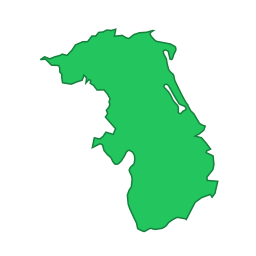 the district of Pap, Namangan, Uzbekistan, rotated 188°
{"feature_id": "79887680B13435458352129", "entity_name": "Pap", "entity_type": "district", "adm_level": 2, "iso_a3": "UZB", "parent_name": "Uzbekistan", "parent_adm1": "Namangan", "projection": "albers", "projection_center": [70.772, 41.09], "detail": "fine", "context": "isolated", "style": "filled", "palette": "green", "viewbox_px": 256, "rotation_deg": 188, "n_neighbors": 0, "source": "geoboundaries", "source_scale": "gbopen_adm2", "svg_char_len": 2463}
<svg xmlns="http://www.w3.org/2000/svg" viewBox="0 0 256 256"><g transform="rotate(188 128 128)"><path d="M160.6,103.6L153.4,108.6L150.9,107.7L148.6,102.4L144.6,98.7L140.9,96.4L138.4,92.7L136.2,90.6L135.0,90.4L133.4,90.8L132.0,91.8L129.9,94.7L127.7,99.6L126.4,103.6L125.1,105.5L123.7,106.2L120.0,104.7L117.9,102.0L116.9,98.1L117.0,93.4L120.2,89.3L121.0,86.7L120.5,85.2L117.9,81.3L116.8,78.1L116.5,70.4L116.6,70.1L118.3,66.4L119.3,61.4L117.2,52.6L115.0,48.3L109.5,39.8L106.3,35.0L104.5,29.9L103.7,29.3L98.5,27.8L97.2,27.9L92.3,31.6L90.4,31.8L89.3,31.4L88.8,31.6L87.1,31.3L80.6,33.3L78.3,34.8L76.3,37.0L74.6,40.1L71.2,43.3L67.4,46.1L65.6,46.4L58.5,46.1L57.6,45.5L51.2,63.7L45.6,69.2L37.2,73.7L35.1,71.2L32.8,75.4L31.7,87.7L42.3,87.1L43.0,90.4L38.2,98.5L37.8,103.7L39.9,112.2L47.2,114.5L46.8,116.4L43.3,118.6L47.9,123.3L53.9,128.6L60.4,129.3L56.3,132.4L52.7,136.3L51.8,140.6L54.3,141.1L56.9,142.0L58.2,142.9L64.7,151.1L68.3,153.8L71.7,158.4L71.9,159.1L74.6,161.8L79.6,168.6L88.2,181.4L90.4,187.1L94.4,189.9L96.0,191.8L98.1,196.9L99.6,201.7L103.2,206.7L103.7,208.8L102.9,210.1L101.3,210.5L98.8,209.5L96.0,202.1L94.4,201.8L93.7,202.7L92.9,207.2L91.5,211.5L91.5,212.6L92.2,214.7L93.1,215.4L97.8,217.1L112.0,217.8L113.8,218.8L114.0,218.9L117.0,221.3L118.2,222.5L119.2,224.3L118.9,225.8L116.4,228.0L116.9,228.0L122.9,225.4L130.0,223.9L135.2,221.3L139.5,216.8L142.2,217.0L146.6,218.9L154.2,217.0L153.9,224.1L157.9,222.3L162.8,222.0L165.9,219.7L170.3,218.6L172.8,214.5L176.5,214.1L180.0,207.9L184.8,207.1L191.6,203.0L194.3,197.3L198.5,191.4L203.4,192.0L205.6,190.3L210.2,188.4L215.1,185.6L220.5,186.9L224.3,183.5L219.5,184.7L217.5,183.4L212.6,179.6L205.4,180.2L204.0,178.1L203.3,173.9L201.0,171.9L200.6,168.7L199.1,163.7L190.3,163.5L184.9,166.6L180.0,169.0L179.0,174.2L176.0,171.9L175.9,166.8L173.4,170.5L171.6,169.9L171.6,167.0L168.1,165.5L163.9,161.3L157.0,162.4L153.0,158.7L149.9,154.6L150.4,150.9L149.2,149.2L149.9,145.8L151.9,142.6L150.1,139.2L151.9,135.7L140.2,125.6L141.8,119.6L149.3,120.8L151.5,116.2L154.4,113.2L160.0,113.6L160.6,103.6ZM95.0,176.5L93.4,175.1L90.5,171.4L86.3,165.8L80.8,159.2L79.7,158.6L76.9,157.9L74.7,157.3L73.6,156.2L73.2,155.2L73.4,154.2L74.2,153.4L75.4,152.8L76.2,151.9L76.9,150.7L77.7,149.7L78.5,149.5L79.7,149.9L80.5,150.5L80.6,152.6L80.9,154.6L81.3,156.1L82.2,157.3L85.6,160.1L87.4,161.9L90.4,166.5L93.1,169.6L97.8,173.3L98.2,174.3L98.1,175.5L97.1,176.4L96.0,176.6L95.0,176.5Z" fill="#22c55e" stroke="#15803d" stroke-width="1.5"/></g></svg>